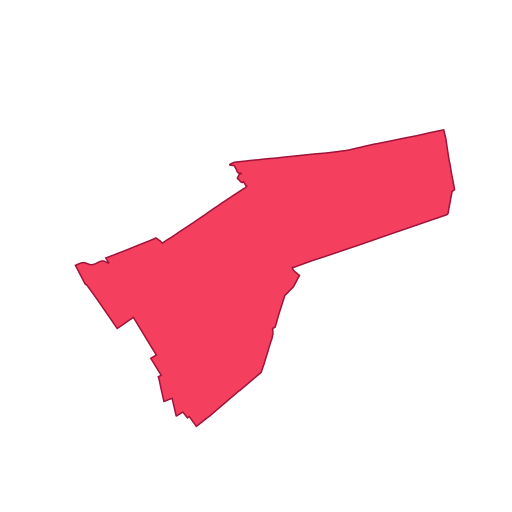 the district of Jilavele, Ialomita, Romania, rotated 19°
{"feature_id": "2599482B17913194075437", "entity_name": "Jilavele", "entity_type": "district", "adm_level": 2, "iso_a3": "ROU", "parent_name": "Romania", "parent_adm1": "Ialomita", "projection": "mercator", "projection_center": [26.543, 44.802], "detail": "fine", "context": "isolated", "style": "filled", "palette": "rose", "viewbox_px": 512, "rotation_deg": 19, "n_neighbors": 0, "source": "geoboundaries", "source_scale": "gbopen_adm2", "svg_char_len": 3734}
<svg xmlns="http://www.w3.org/2000/svg" viewBox="0 0 512 512"><g transform="rotate(19 256 256)"><path d="M148.4,369.7L150.3,367.2L155.7,359.8L160.0,353.9L184.4,374.2L194.0,382.1L189.8,387.0L195.5,391.7L205.2,399.6L203.8,401.1L202.9,402.1L203.3,402.5L204.2,403.6L209.6,412.7L216.3,423.5L218.5,421.7L220.8,419.7L223.1,418.0L232.5,433.1L232.8,433.2L237.7,427.4L243.9,431.4L245.4,429.6L250.2,433.1L255.1,436.5L256.5,434.4L256.7,434.0L257.0,433.6L262.7,424.7L264.1,422.8L268.2,415.7L283.7,389.3L284.3,388.7L287.6,383.2L290.9,377.6L297.0,367.3L298.3,365.3L298.8,364.3L298.8,364.2L298.7,362.3L298.8,356.0L298.8,355.1L298.7,354.0L298.6,351.5L298.5,348.4L298.4,344.8L298.3,341.5L298.1,338.4L297.9,331.4L298.0,329.1L297.6,326.3L297.5,324.4L296.3,321.3L295.3,319.1L297.2,317.2L297.2,314.4L296.6,304.4L296.1,284.0L296.8,282.5L297.6,281.1L298.3,279.5L299.8,276.2L301.0,274.0L301.4,273.0L301.8,270.8L302.2,268.3L302.7,264.6L303.5,260.3L297.3,257.9L296.2,257.3L294.9,256.1L294.4,255.6L294.2,255.2L294.2,254.9L294.3,254.8L295.5,254.4L310.9,241.9L320.6,234.6L342.0,218.1L352.1,210.3L376.5,191.1L419.7,157.4L421.2,156.3L422.8,155.0L423.1,154.7L423.3,154.3L423.6,153.6L423.7,153.3L423.7,152.9L423.6,152.2L423.2,150.2L422.6,146.1L422.1,142.6L420.9,134.8L420.8,133.9L420.7,133.0L420.5,131.7L420.5,131.0L420.6,130.7L421.0,130.3L421.8,129.3L422.2,128.7L418.7,122.4L413.3,113.1L410.2,107.2L406.8,101.4L404.0,96.1L399.1,86.7L398.0,84.6L396.9,82.5L395.0,79.5L394.1,78.2L393.5,77.3L392.4,75.6L383.9,80.6L380.1,82.9L379.4,83.3L374.2,86.6L369.0,89.8L364.0,92.7L363.7,92.9L361.8,93.9L354.7,98.1L344.6,104.1L335.6,109.4L333.5,110.6L332.8,110.9L331.4,111.7L328.6,113.4L313.5,122.8L311.5,124.1L310.4,124.9L309.9,125.2L307.6,126.5L305.0,127.8L302.3,129.1L300.8,129.9L300.2,130.2L298.0,131.3L293.9,133.3L288.1,136.1L282.1,138.7L278.7,140.2L274.1,142.3L253.3,152.0L248.5,154.2L244.7,156.1L238.3,159.0L238.2,158.9L230.8,162.3L226.3,164.5L223.5,165.7L218.7,167.9L216.3,169.1L210.3,171.9L209.2,172.4L207.1,173.4L204.9,174.5L204.7,174.7L202.6,176.6L201.8,177.4L201.4,178.0L201.8,178.6L202.3,178.5L204.3,178.0L205.8,177.7L206.1,177.7L206.3,177.9L207.8,179.3L209.0,180.4L209.9,181.3L210.5,182.2L211.1,182.7L212.1,183.1L212.7,183.3L212.8,183.3L213.1,183.3L213.4,183.2L214.1,183.0L214.6,182.7L215.1,182.7L215.2,183.0L214.6,183.4L213.9,183.9L213.6,184.6L213.5,184.9L213.3,186.5L213.1,187.5L213.0,188.2L213.1,188.6L213.5,188.9L215.0,189.5L216.2,190.2L217.0,190.7L218.0,191.0L218.9,191.1L219.3,190.9L219.6,190.4L219.8,190.0L220.2,190.0L223.2,192.5L223.8,192.9L224.5,193.0L223.8,194.5L223.3,195.8L222.9,195.9L222.6,196.1L222.3,196.5L222.0,196.7L220.7,198.5L218.5,201.4L215.2,205.6L209.8,212.7L207.5,215.7L205.8,217.9L204.6,219.5L204.3,220.1L203.0,221.8L201.8,223.3L200.6,224.9L200.5,225.0L198.2,228.2L197.0,229.7L196.1,231.0L195.5,231.8L195.5,232.1L194.5,233.4L191.8,236.9L189.0,240.6L188.1,241.8L186.4,244.2L184.3,246.9L181.0,251.2L177.3,256.0L174.7,259.3L173.8,260.7L172.6,262.3L170.8,264.7L168.8,267.3L168.3,268.0L167.9,268.1L165.5,271.3L164.1,273.1L163.1,274.3L162.8,274.1L161.7,273.6L160.4,272.9L159.7,272.8L158.9,272.5L157.9,272.2L157.0,271.9L156.2,271.6L155.9,271.5L155.7,271.5L155.4,271.5L154.6,272.4L151.1,275.6L142.9,282.6L132.5,291.7L130.9,293.1L130.6,293.4L130.3,293.6L127.8,295.7L114.6,306.8L119.0,310.4L118.9,310.6L118.6,310.8L118.3,310.8L117.2,310.6L114.6,310.3L113.6,310.3L112.4,310.7L111.9,310.9L110.8,311.6L109.3,312.9L107.8,314.5L106.3,316.0L104.0,317.5L103.5,317.8L102.4,318.1L101.2,318.2L98.0,318.1L96.7,318.1L95.2,318.3L94.5,318.6L93.1,319.4L91.0,321.1L88.3,323.6L103.6,338.2L105.6,338.6L119.6,348.5L128.4,355.0L134.7,359.6L142.0,365.0L143.0,365.8L144.1,366.6L147.4,369.0L148.2,369.6L148.4,369.7Z" fill="#f43f5e" stroke="#9f1239" stroke-width="1.5"/></g></svg>